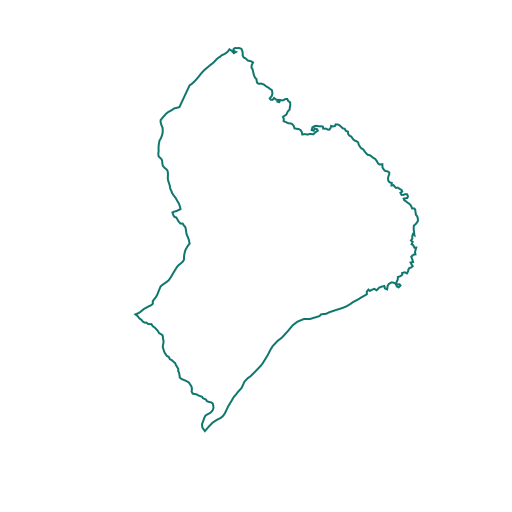 outline of Itaquiraí, Mato Grosso do Sul, Brazil, rotated 26°
{"feature_id": "56859067B90589702399806", "entity_name": "Itaquiraí", "entity_type": "district", "adm_level": 2, "iso_a3": "BRA", "parent_name": "Brazil", "parent_adm1": "Mato Grosso do Sul", "projection": "natural_earth1", "projection_center": [-54.119, -23.389], "detail": "fine", "context": "isolated", "style": "outline", "palette": "teal", "viewbox_px": 512, "rotation_deg": 26, "n_neighbors": 0, "source": "geoboundaries", "source_scale": "gbopen_adm2", "svg_char_len": 5834}
<svg xmlns="http://www.w3.org/2000/svg" viewBox="0 0 512 512"><g transform="rotate(26 256 256)"><path d="M297.2,400.3L297.9,392.0L298.7,389.5L299.4,385.9L300.9,380.9L300.7,374.1L302.2,369.3L303.7,366.7L305.9,360.5L308.4,352.6L309.0,349.9L310.0,340.0L310.1,333.6L310.5,329.7L312.6,322.8L314.3,319.6L315.3,317.2L317.4,310.2L319.3,302.3L322.0,296.9L326.7,291.6L332.2,288.9L339.4,282.2L340.1,279.9L344.6,277.0L346.2,274.8L350.0,271.0L356.9,264.4L359.5,261.4L362.1,257.4L363.2,255.2L367.2,249.7L368.5,247.5L372.4,241.8L371.2,239.4L371.8,236.9L373.6,237.5L374.7,236.0L376.7,233.6L379.3,234.0L380.0,232.4L380.6,230.4L382.0,228.8L384.5,226.7L386.1,228.6L388.5,228.5L387.4,225.1L387.6,223.1L388.4,221.6L389.5,220.2L391.7,219.6L394.0,219.8L393.7,217.0L393.7,214.9L392.7,212.7L394.5,211.0L395.7,208.7L394.8,207.2L396.9,205.4L399.3,205.5L399.4,203.1L398.9,201.3L399.1,199.5L400.3,198.6L401.3,196.5L399.5,195.4L397.8,194.1L399.8,192.6L398.0,190.6L395.8,188.5L397.1,185.6L398.6,184.7L397.2,182.8L396.6,180.0L396.3,178.2L394.8,179.1L392.7,177.4L390.7,177.2L390.7,174.7L388.5,174.1L388.9,171.9L387.7,169.6L387.5,167.5L389.3,167.9L387.4,165.0L386.2,163.2L385.3,161.5L384.6,159.5L385.7,156.8L386.2,153.6L384.9,151.2L383.5,149.7L381.7,148.9L380.1,146.6L378.9,144.7L377.6,143.9L375.4,144.8L374.0,143.4L372.7,142.5L370.9,141.9L368.3,141.5L366.2,141.0L364.7,140.9L363.6,139.7L365.2,138.5L366.5,137.6L366.5,135.9L364.8,134.3L363.0,135.0L361.4,136.7L360.0,137.3L358.1,135.9L359.2,134.0L358.0,132.9L355.6,132.7L353.6,132.4L351.9,133.4L350.0,132.8L348.6,132.0L346.9,133.2L346.0,130.8L343.8,131.2L342.2,130.6L340.8,128.8L340.2,126.8L339.9,124.1L339.2,122.5L337.0,122.3L334.9,122.9L333.1,122.4L330.9,121.0L329.3,118.1L327.0,119.6L325.1,119.3L322.9,117.7L320.5,116.5L317.9,116.3L315.9,115.8L314.0,115.5L312.0,116.1L310.3,115.5L308.2,114.6L305.7,113.2L303.2,113.0L301.6,112.2L299.5,110.9L298.0,109.1L295.8,108.8L294.1,109.0L292.7,108.7L291.0,107.9L289.3,106.9L287.4,106.9L285.4,106.0L284.1,103.9L281.9,104.1L279.9,102.8L278.0,103.2L275.7,102.5L273.7,101.9L271.7,102.0L269.9,102.8L270.0,104.5L268.4,105.9L266.5,106.1L266.9,108.2L266.6,110.3L265.1,110.9L262.9,110.9L260.6,112.1L259.4,110.4L257.8,110.8L256.1,111.7L253.8,112.3L251.8,113.4L250.3,115.6L250.8,118.4L252.9,118.1L252.8,115.7L255.5,115.3L256.6,116.3L255.7,117.8L254.9,119.4L254.2,121.4L252.8,122.0L250.9,122.6L249.3,124.2L247.7,124.6L246.3,125.2L244.3,126.5L242.8,124.5L240.9,123.3L238.7,123.2L236.6,123.9L234.6,124.4L233.2,122.8L231.9,122.0L230.2,121.5L228.8,121.8L226.4,122.6L224.0,122.5L221.8,122.8L220.8,120.5L219.3,119.3L220.0,117.7L221.3,115.6L221.2,112.2L222.0,109.6L221.2,107.4L220.6,105.2L219.3,102.9L217.0,102.6L215.3,101.2L213.5,102.1L212.4,103.9L211.1,104.8L209.5,105.2L209.4,107.6L207.6,107.9L207.5,105.9L205.6,106.7L203.0,106.0L202.5,108.3L200.6,109.1L199.2,108.3L200.0,105.3L199.6,103.0L198.6,101.3L197.5,99.9L195.3,99.7L193.5,99.2L192.0,99.2L189.9,98.9L187.7,98.4L184.9,98.8L183.1,100.0L181.3,99.9L180.0,98.6L179.0,96.9L177.1,96.2L175.4,94.9L173.8,93.1L172.1,91.0L171.0,89.6L169.5,88.8L168.5,86.6L168.5,83.3L165.7,83.2L163.1,83.9L161.3,83.4L159.9,82.9L157.9,83.0L156.1,81.6L154.9,79.1L153.7,77.6L152.0,76.2L149.6,76.5L147.8,77.5L145.8,78.4L145.1,80.1L146.3,81.5L148.5,81.4L147.2,83.4L144.1,82.2L141.5,81.9L141.1,84.5L139.9,87.1L138.4,89.2L137.1,90.7L136.4,92.6L135.4,94.0L134.3,96.5L133.5,99.3L132.6,101.7L131.2,104.4L129.8,107.6L128.7,110.0L127.8,112.2L126.7,116.0L126.0,119.3L125.5,121.4L124.5,125.1L123.6,127.5L122.9,129.4L121.5,131.7L121.9,155.7L119.7,157.7L117.7,159.3L116.6,161.4L115.1,163.6L114.0,165.1L112.8,167.5L111.6,172.0L110.7,175.6L111.5,177.4L113.4,179.6L115.9,181.8L117.4,184.6L118.3,186.9L118.7,189.2L118.9,192.0L118.7,194.8L119.7,198.2L121.0,201.6L122.6,204.6L123.3,206.9L124.8,209.1L126.7,209.8L128.4,210.3L129.9,211.5L130.9,213.3L132.7,215.8L135.3,216.9L137.4,217.3L138.9,218.0L140.0,219.3L141.3,221.7L142.9,225.3L144.3,227.1L145.9,228.7L147.6,230.5L148.7,232.1L150.0,233.6L151.8,235.0L153.3,236.4L155.7,237.8L158.1,238.9L161.7,241.4L164.0,242.9L166.4,245.4L167.6,247.1L166.3,248.5L164.9,250.4L163.0,252.0L161.8,253.5L163.9,255.6L165.5,256.6L167.4,256.3L169.0,257.3L170.7,258.6L173.8,260.0L175.8,259.0L177.7,260.2L179.5,260.8L180.9,262.3L182.3,264.4L184.0,266.8L185.4,268.0L186.6,269.0L188.4,270.7L190.9,273.9L190.5,275.6L190.2,277.5L190.1,279.2L189.9,281.1L190.3,283.6L190.7,285.4L191.4,287.7L192.8,290.7L192.8,292.7L191.8,295.3L190.5,298.0L189.8,300.4L189.4,304.4L189.1,307.4L189.0,309.4L188.8,312.0L188.1,316.3L186.9,318.8L186.1,320.3L185.0,322.1L183.6,325.0L183.7,327.0L183.9,330.0L184.2,333.6L184.1,336.7L183.4,339.6L183.0,341.8L184.2,344.1L183.5,346.0L181.9,347.9L178.5,352.7L176.8,356.5L175.5,358.8L173.2,361.3L175.5,361.8L176.9,362.3L178.5,363.2L180.4,363.4L183.2,364.6L185.2,364.7L186.8,363.9L188.7,364.4L190.3,363.9L191.8,363.1L194.1,364.4L196.3,364.7L198.5,365.5L200.6,366.4L202.7,367.8L204.5,367.9L206.4,368.1L207.6,369.1L208.5,370.9L210.1,372.8L211.1,375.2L211.5,377.1L212.2,378.8L213.7,380.4L215.2,382.0L216.5,383.1L218.2,384.1L219.9,385.0L221.8,384.9L223.8,386.5L226.0,386.5L228.5,387.3L230.3,387.7L231.8,389.1L233.9,390.4L235.8,391.7L236.4,393.4L238.0,394.6L239.7,397.0L240.8,398.7L243.1,399.2L246.3,399.0L247.8,398.9L249.4,399.0L251.1,399.1L252.4,399.9L254.1,400.9L255.4,401.8L256.7,403.6L257.6,406.1L259.5,407.5L261.7,406.8L263.5,406.4L265.3,406.6L267.2,406.4L269.3,406.2L270.7,407.1L272.3,407.0L274.0,407.0L275.5,408.0L277.9,407.8L279.9,407.2L281.9,407.6L283.2,409.3L284.3,411.0L284.7,413.3L284.2,415.6L283.5,417.3L282.4,418.8L281.2,420.4L280.5,421.9L280.5,424.3L280.9,427.4L281.2,430.9L283.1,433.8L286.8,435.8L288.6,429.2L290.1,424.7L292.6,420.5L295.2,417.1L296.4,414.5L297.0,411.1L296.9,403.1L297.2,400.3ZM394.0,219.8L395.9,221.6L397.9,221.7L398.8,219.2L397.4,218.5L395.8,219.4L394.0,219.8Z" fill="none" stroke="#0f766e" stroke-width="2"/></g></svg>